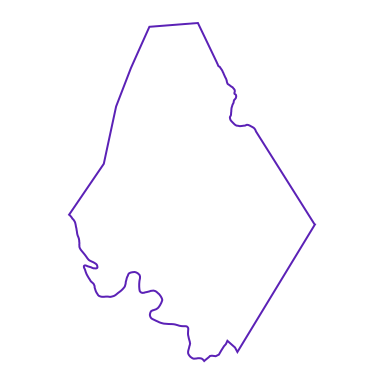 Beausejour, Vieux Fort, Saint Lucia (Robinson projection)
{"feature_id": "8701671B75449277915828", "entity_name": "Beausejour", "entity_type": "district", "adm_level": 2, "iso_a3": "LCA", "parent_name": "Saint Lucia", "parent_adm1": "Vieux Fort", "projection": "robinson", "projection_center": [-60.956, 13.753], "detail": "fine", "context": "isolated", "style": "outline", "palette": "violet", "viewbox_px": 384, "rotation_deg": 0, "n_neighbors": 0, "source": "geoboundaries", "source_scale": "gbopen_adm2", "svg_char_len": 5636}
<svg xmlns="http://www.w3.org/2000/svg" viewBox="0 0 384 384"><path d="M237.4,352.0L314.9,224.5L314.6,224.4L256.0,131.5L255.6,130.5L255.3,129.8L255.1,129.5L254.7,128.9L254.4,128.5L254.1,128.2L253.4,127.6L252.8,127.3L252.4,127.0L251.5,126.6L250.2,125.8L249.6,125.6L248.7,125.1L247.7,124.9L246.9,124.8L246.1,125.1L245.0,125.6L243.7,125.7L242.3,125.9L240.7,126.1L239.4,126.1L238.2,125.8L237.3,125.7L236.9,125.7L236.1,125.4L235.7,125.2L235.0,124.7L234.5,124.3L234.0,123.8L233.5,123.3L232.5,122.3L231.1,120.8L230.8,120.4L230.4,119.7L230.2,119.1L230.0,118.2L229.9,117.6L230.0,116.9L230.1,116.7L230.4,116.2L230.7,115.7L230.8,115.4L230.9,115.2L231.0,114.6L231.0,114.2L231.1,113.3L231.1,112.7L231.2,112.0L231.3,111.2L231.3,110.7L231.3,110.1L231.4,109.6L231.4,109.1L231.5,108.6L231.5,108.1L231.7,107.5L231.9,106.8L232.2,105.9L232.4,105.1L232.6,104.6L232.9,104.0L233.5,102.9L233.6,102.4L233.7,101.9L233.8,101.1L234.0,100.5L234.1,100.1L234.6,99.6L234.8,99.4L235.0,99.2L235.2,98.9L235.4,98.6L235.7,98.3L235.9,97.8L236.0,97.4L236.1,96.9L236.2,96.5L236.1,96.0L236.1,95.7L236.1,95.4L236.0,95.1L235.8,94.8L235.7,94.6L235.4,94.4L234.9,94.1L234.6,93.9L234.5,93.7L234.4,93.2L234.5,92.4L234.7,92.0L234.8,91.2L234.8,90.9L234.7,90.4L234.7,90.2L234.5,89.7L234.3,89.5L234.0,89.0L233.9,88.8L233.6,88.6L233.2,88.1L232.6,87.3L232.3,87.1L231.8,86.9L231.4,86.6L230.8,86.2L230.2,85.7L229.8,85.4L229.0,84.8L228.0,84.2L227.6,83.8L227.5,83.5L227.2,82.9L227.1,82.5L226.9,81.9L226.7,80.9L226.7,80.4L226.4,79.9L226.3,79.4L225.9,78.4L225.6,78.0L225.4,77.5L225.1,77.0L224.9,76.6L224.7,76.1L224.6,75.8L224.5,75.6L224.2,75.0L223.8,74.1L223.6,73.6L223.4,73.0L223.2,72.7L222.9,72.1L222.7,71.7L222.5,71.1L222.2,70.6L221.9,70.0L221.6,69.6L221.0,68.7L220.9,68.6L220.5,68.0L220.2,67.5L220.0,67.3L219.7,66.8L219.4,66.7L219.1,66.5L218.6,66.2L218.3,65.9L218.1,65.4L217.8,64.7L217.6,64.1L217.2,63.4L216.8,62.4L205.5,38.8L201.5,30.5L197.9,23.0L149.4,26.8L137.1,54.2L130.9,68.1L116.1,106.5L107.5,146.5L103.8,163.8L69.1,214.7L69.4,214.9L70.4,215.9L71.0,216.6L71.5,217.2L72.1,218.1L72.3,218.5L73.4,219.6L73.7,220.0L74.3,220.9L74.9,222.0L75.1,222.5L75.4,223.7L75.7,225.0L75.8,225.7L76.0,226.9L76.3,228.0L76.5,229.1L76.6,230.0L76.8,230.9L77.0,232.3L77.2,233.8L77.6,235.3L77.9,236.1L78.2,236.7L78.5,237.7L78.8,238.3L79.0,239.5L79.2,240.4L79.2,241.1L79.3,242.1L79.4,243.0L79.4,243.7L79.3,244.7L79.4,245.5L79.4,246.4L79.5,247.2L79.8,248.0L80.1,248.6L80.6,249.5L81.2,250.3L83.1,252.6L84.5,254.3L85.2,255.2L86.0,256.3L86.5,257.0L87.4,258.3L88.3,259.4L89.0,260.1L90.0,260.7L91.6,261.5L93.0,262.1L93.6,262.4L94.6,263.0L95.4,263.5L96.2,264.1L96.6,264.5L97.1,265.4L97.3,266.3L97.4,266.8L97.4,267.5L97.2,267.9L96.7,268.2L96.1,268.4L95.4,268.4L94.3,268.3L93.5,268.3L92.3,267.9L91.1,267.3L87.7,266.3L86.6,265.8L85.8,265.5L85.1,265.4L84.6,265.5L84.1,265.8L83.9,266.3L83.9,267.0L84.1,267.8L84.7,269.0L85.0,269.6L85.3,270.6L85.7,271.9L86.2,273.2L86.7,274.4L87.2,275.3L87.7,276.2L88.4,277.4L89.2,278.7L89.4,279.0L89.6,279.2L90.1,280.1L90.9,281.4L91.5,281.9L92.4,282.7L93.4,283.6L93.8,284.2L94.5,285.9L94.6,286.2L94.6,287.1L94.7,287.7L94.9,288.4L95.3,289.6L95.4,290.0L95.7,290.8L95.9,291.4L96.2,292.0L96.7,292.9L97.2,293.6L97.6,294.3L98.1,295.1L98.8,295.8L99.5,296.1L100.2,296.4L101.3,296.7L102.1,296.8L103.9,296.8L105.9,296.6L107.1,296.6L107.9,296.6L109.3,296.8L110.1,296.9L111.3,296.7L112.8,296.3L113.8,296.0L114.8,295.5L116.1,294.6L117.4,293.5L118.4,292.7L119.5,291.9L120.8,290.9L121.9,289.9L122.7,289.1L123.5,288.2L124.1,287.5L124.8,286.5L125.2,285.2L125.6,283.8L125.8,281.8L126.4,279.7L126.7,278.3L127.3,276.7L127.8,275.8L128.2,274.6L128.4,274.2L128.8,273.6L129.3,273.2L130.0,272.9L130.6,272.6L132.0,272.3L132.5,272.2L133.6,272.1L134.4,272.0L135.1,272.1L136.1,272.4L136.7,272.7L137.7,273.2L138.3,273.8L139.1,274.5L139.6,275.1L139.8,275.8L140.0,276.5L140.0,277.9L139.9,278.8L139.6,280.0L139.4,281.4L139.3,282.6L139.2,283.9L139.2,285.2L139.2,286.8L139.3,288.0L139.4,289.2L139.6,290.2L139.7,290.9L140.1,291.5L140.6,292.1L141.0,292.4L141.5,292.6L142.0,292.8L142.5,292.9L143.1,292.8L143.5,292.8L143.9,292.8L145.0,292.4L147.0,292.0L149.4,291.4L150.7,290.9L151.6,290.8L152.5,290.7L153.4,290.6L153.9,290.7L155.3,291.1L156.0,291.5L156.8,292.1L157.7,292.9L158.4,293.6L159.1,294.1L159.7,294.9L160.6,296.1L161.2,297.1L161.8,298.3L162.2,299.5L162.2,300.4L161.9,301.2L161.6,302.0L161.2,303.0L160.7,303.9L160.2,304.9L159.8,305.5L159.1,306.6L158.2,307.7L157.9,308.0L157.1,308.6L156.2,309.2L155.1,309.6L153.9,310.0L153.4,310.2L152.9,310.3L152.4,310.4L151.9,310.8L151.4,311.0L151.0,311.3L150.5,312.3L150.2,313.1L149.9,314.5L149.9,315.2L150.1,316.1L150.6,317.3L151.0,317.9L151.5,318.4L152.2,318.9L155.5,320.5L156.1,320.8L157.5,321.4L158.3,321.8L159.1,322.2L159.9,322.5L161.0,322.9L162.5,323.3L163.7,323.6L164.8,323.7L166.2,323.8L168.5,324.0L171.9,324.1L173.4,324.2L174.1,324.3L175.2,324.5L176.2,324.8L177.0,325.0L178.3,325.4L179.2,325.7L180.2,325.9L181.6,326.1L183.1,326.2L185.2,326.2L186.3,326.3L187.0,326.6L187.3,326.8L187.7,327.3L188.1,327.9L188.3,329.0L188.2,329.8L188.1,331.1L188.0,333.8L188.1,335.0L188.5,336.8L188.8,338.3L189.6,341.1L189.8,341.8L189.9,342.7L190.1,343.4L189.9,344.4L189.8,345.1L189.4,346.2L189.2,347.2L188.9,348.4L188.7,349.1L188.5,349.8L188.2,350.9L188.1,351.8L188.1,353.1L188.3,353.8L188.8,354.8L189.6,355.9L190.6,357.0L191.4,357.5L192.2,358.1L192.7,358.3L193.3,358.6L194.1,358.7L195.0,358.6L196.3,358.5L198.0,358.2L199.4,358.2L200.3,358.3L200.9,358.4L201.7,358.6L202.8,359.4L203.9,360.6L204.2,361.0L205.1,360.2L208.8,357.2L210.0,356.0L211.9,355.7L215.7,356.2L218.9,354.6L221.2,350.6L224.0,346.2L225.9,344.1L227.4,340.8L235.0,347.5L237.4,352.0Z" fill="none" stroke="#5b21b6" stroke-width="2"/></svg>